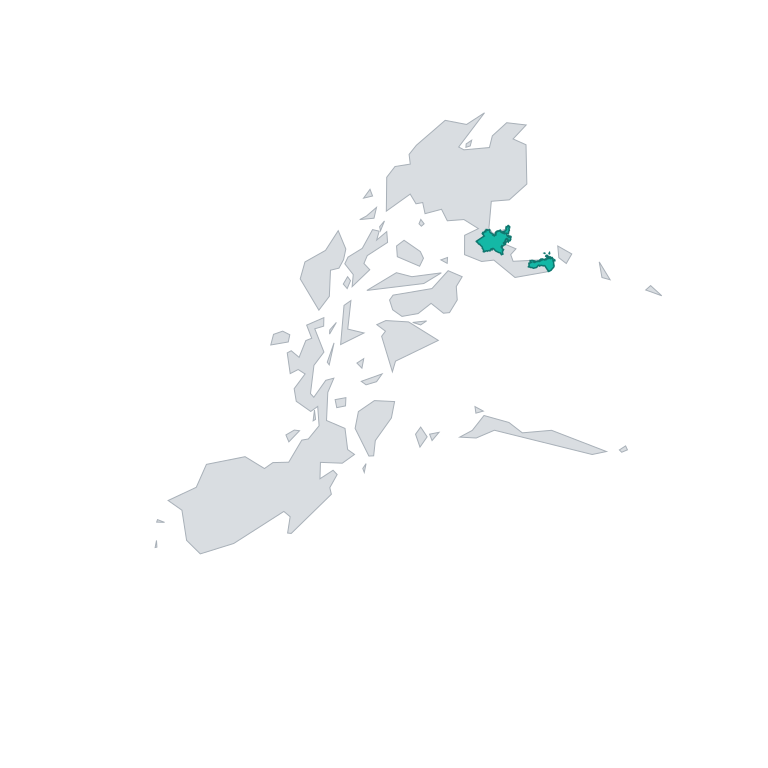 Zamboanga del Sur, Zamboanga del Sur, Philippines shown in context, rotated 237°
{"feature_id": "2640588B82692599034098", "entity_name": "Zamboanga del Sur", "entity_type": "district", "adm_level": 2, "iso_a3": "PHL", "parent_name": "Philippines", "parent_adm1": "Zamboanga del Sur", "projection": "orthographic", "projection_center": [122.897, 7.565], "detail": "fine", "context": "in_parent", "style": "filled", "palette": "teal", "viewbox_px": 768, "rotation_deg": 237, "n_neighbors": 0, "source": "geoboundaries", "source_scale": "gbopen_adm2", "svg_char_len": 9551}
<svg xmlns="http://www.w3.org/2000/svg" viewBox="0 0 768 768"><g transform="rotate(237 384 384)"><path d="M360.4,133.3L388.2,145.8L403.9,139.5L399.6,170.3L413.3,191.3L398.7,227.9L378.2,237.7L378.6,248.0L370.3,261.5L381.7,284.5L379.1,290.6L384.3,306.8L401.3,316.2L400.9,307.6L417.3,301.0L429.0,306.1L435.4,323.3L442.9,319.9L443.8,311.0L462.8,319.8L462.4,324.3L452.6,327.3L463.0,342.1L461.7,348.3L475.5,351.2L472.4,369.7L465.4,364.9L468.0,356.0L443.5,351.0L437.8,335.4L416.0,317.1L411.1,317.9L418.8,337.2L416.2,345.1L407.6,332.3L384.7,315.9L368.0,327.1L348.8,317.8L341.0,320.9L340.3,305.9L352.9,288.0L339.4,278.7L339.4,294.3L333.6,295.4L326.6,282.1L320.2,279.8L309.2,224.8L311.5,222.0L323.8,233.0L331.7,230.6L332.1,171.1L341.6,137.4L360.4,133.3ZM527.7,480.1L555.9,498.9L560.4,511.7L554.1,525.8L562.9,530.1L566.6,541.2L571.8,578.9L556.7,594.6L556.7,616.0L542.1,575.7L536.9,578.5L524.9,601.2L533.1,610.0L536.3,629.2L523.8,644.3L519.2,625.7L507.3,633.4L473.9,612.7L470.2,589.4L478.8,573.5L457.6,556.9L450.9,557.3L446.9,573.1L435.4,561.6L425.5,568.3L423.5,560.7L416.6,559.1L398.0,591.2L391.0,590.5L389.5,581.3L402.0,551.9L428.1,543.6L433.6,532.6L448.6,522.0L464.8,532.6L462.9,547.8L478.4,540.6L486.4,526.0L499.2,527.4L504.5,511.2L515.1,515.3L517.7,509.0L529.0,509.4L527.7,480.1ZM444.1,499.5L431.4,508.0L426.4,497.7L414.6,491.2L408.2,477.8L411.0,472.4L426.0,467.4L424.5,451.0L430.9,435.9L441.5,431.7L451.4,434.4L453.6,440.0L437.9,476.2L444.1,499.5ZM517.8,371.0L529.4,384.2L527.9,407.7L537.5,429.1L518.0,425.5L510.3,417.8L505.7,409.3L508.6,401.1L487.3,385.9L481.4,369.6L517.8,371.0ZM389.7,397.7L425.3,408.0L427.5,414.0L437.7,410.3L436.2,420.1L422.7,438.4L391.0,453.3L396.9,406.1L389.7,397.7ZM253.9,499.3L206.2,533.8L211.5,520.2L285.1,451.4L288.5,431.9L298.2,418.6L297.0,432.8L303.1,450.7L283.7,467.8L267.7,473.4L253.9,499.3ZM331.8,332.1L362.5,335.6L374.8,347.5L375.3,366.9L363.5,383.3L351.5,371.7L341.3,345.9L329.4,336.2L331.8,332.1ZM492.5,417.8L506.2,416.6L510.0,422.9L509.6,439.7L519.7,458.5L514.8,463.2L508.7,456.2L510.3,469.3L500.8,464.1L500.8,439.9L496.0,432.8L487.6,434.3L483.0,410.3L492.5,417.8ZM446.0,492.6L446.6,472.1L471.8,420.6L470.6,455.0L458.8,465.8L446.0,492.6ZM493.6,479.1L475.3,486.6L468.0,485.6L463.4,478.0L483.5,464.5L492.9,469.7L493.6,479.1ZM440.7,369.1L471.7,393.3L472.0,401.7L449.8,383.5L437.7,395.0L440.7,369.1ZM483.5,327.8L476.6,331.8L471.4,326.6L478.4,310.3L485.8,318.4L483.5,327.8ZM405.1,604.9L390.8,612.3L385.8,602.5L394.7,599.4L405.1,604.9ZM311.5,379.8L324.7,383.1L327.9,391.3L316.2,391.4L311.5,379.8ZM389.9,331.5L397.5,334.5L393.3,344.6L386.6,339.8L389.9,331.5ZM354.6,624.8L369.2,631.0L348.3,630.4L354.6,624.8ZM536.2,473.9L528.5,465.9L535.1,453.2L534.4,460.8L536.2,473.9ZM398.6,366.4L393.5,387.9L390.0,379.0L393.1,368.5L398.6,366.4ZM320.3,654.7L321.3,661.2L306.7,665.0L320.3,654.7ZM394.7,274.0L394.2,283.7L390.8,287.7L387.3,272.7L394.7,274.0ZM420.0,441.6L413.7,454.1L413.6,446.9L420.0,441.6ZM317.1,394.9L313.5,403.8L310.4,393.5L317.1,394.9ZM493.8,411.9L488.9,412.2L484.1,405.1L490.0,404.3L493.8,411.9ZM416.3,372.7L416.3,380.8L409.3,374.1L416.3,372.7ZM554.9,478.3L547.9,476.8L551.0,468.1L554.9,478.3ZM433.2,348.3L445.7,364.5L429.9,348.5L433.2,348.3ZM315.5,448.0L307.2,452.5L309.5,445.2L315.5,448.0ZM457.1,499.3L455.5,506.2L450.8,502.7L457.1,499.3ZM458.9,368.0L461.6,377.6L455.5,365.5L458.9,368.0ZM200.5,552.9L196.2,552.3L197.3,546.2L200.5,545.5L200.5,552.9ZM502.0,504.5L496.5,504.9L496.0,501.3L499.3,500.6L502.0,504.5ZM540.7,590.3L536.7,586.0L537.9,581.6L540.6,583.7L540.7,590.3ZM324.7,320.2L327.0,325.6L320.6,319.3L324.7,320.2ZM518.3,466.0L520.5,473.2L514.4,464.5L518.3,466.0ZM393.6,120.2L387.5,124.6L392.0,118.1L393.6,120.2ZM400.0,311.5L391.6,307.3L391.7,304.5L400.0,311.5ZM371.5,103.0L376.7,108.0L370.9,104.7L371.5,103.0Z" fill="#d9dde1" stroke="#a8b0b8" stroke-width="1"/><path d="M457.0,551.3L456.9,551.1L456.7,551.2L456.8,550.9L456.5,550.6L456.8,550.7L456.6,550.2L456.8,550.0L457.6,549.8L457.4,549.8L457.4,549.6L457.0,549.0L456.5,549.4L456.7,549.6L456.4,549.5L456.4,549.3L456.6,549.2L456.4,548.9L456.6,548.7L456.5,548.4L456.1,548.6L456.0,548.4L455.7,548.4L455.1,548.7L454.7,548.5L453.5,548.7L453.4,539.1L452.8,539.0L452.4,539.5L450.1,539.6L449.4,539.9L449.0,540.5L447.7,540.4L446.5,540.9L445.2,541.0L444.2,540.3L443.6,540.5L441.7,540.4L441.3,539.6L440.8,539.4L440.6,539.6L440.7,540.1L440.2,540.2L440.0,542.4L439.7,542.8L439.1,542.9L439.1,544.1L437.9,545.4L438.7,546.5L437.6,547.6L437.6,547.9L438.8,547.8L438.4,549.2L437.9,549.6L434.8,550.1L431.7,551.9L430.6,553.0L428.5,552.9L428.2,554.5L429.9,555.0L430.1,555.3L430.5,555.5L431.1,555.8L430.9,556.9L431.0,556.7L431.3,556.9L431.8,557.0L431.0,557.6L431.9,557.4L431.9,557.1L432.2,557.2L432.4,556.9L433.5,556.9L434.2,557.5L434.2,557.1L434.7,556.8L435.3,557.1L435.5,557.9L435.3,558.0L435.8,558.3L435.0,559.1L435.1,560.6L434.9,561.7L435.0,561.8L435.4,561.4L435.6,561.5L436.1,560.4L436.0,560.2L436.3,560.8L437.0,561.1L436.9,561.2L437.1,561.1L437.3,561.7L437.3,562.1L437.0,562.2L437.0,562.4L436.8,562.3L436.5,562.8L436.6,563.2L437.0,563.4L437.3,563.3L437.1,563.8L437.5,563.6L437.9,564.1L438.2,564.0L438.1,563.8L438.5,563.8L438.7,564.2L438.4,564.2L438.6,564.4L438.4,564.6L438.7,564.7L438.7,565.0L439.1,565.1L439.3,565.9L438.5,566.6L437.9,566.3L437.0,566.5L436.7,566.2L436.9,565.8L436.5,565.5L435.8,565.3L435.4,565.5L436.7,566.3L436.7,566.9L435.6,567.3L435.8,567.6L435.6,568.0L436.1,568.4L436.1,568.9L437.1,569.5L438.2,569.7L438.2,569.9L437.9,570.1L438.0,570.6L438.6,570.8L439.0,570.5L439.0,570.2L439.4,570.1L439.1,569.7L438.7,569.6L438.7,569.3L440.0,568.6L440.4,567.9L440.9,568.1L441.1,568.3L441.7,568.0L442.4,568.3L443.4,568.2L443.7,568.8L442.9,569.1L443.0,569.5L442.7,570.5L442.8,570.8L444.0,571.5L444.2,571.8L444.3,572.5L444.7,572.9L446.3,573.4L446.6,573.8L446.5,574.4L447.5,575.1L448.1,574.9L448.2,574.5L449.0,574.7L449.3,574.5L449.1,573.4L448.7,573.1L448.9,572.9L448.9,572.3L449.3,572.1L448.7,571.4L448.2,571.2L447.8,570.8L447.3,571.1L447.1,571.1L447.0,570.6L446.5,569.9L446.6,568.1L446.2,568.2L445.8,568.1L445.2,567.5L444.8,567.5L445.0,567.0L444.8,566.7L445.3,566.7L445.5,566.3L446.0,566.7L446.1,566.4L446.8,567.3L447.0,566.6L446.8,566.5L446.9,566.1L446.5,565.7L446.7,565.3L447.1,565.3L447.0,565.2L447.8,564.8L448.4,565.0L448.4,564.7L448.7,564.6L449.6,564.3L449.9,564.0L449.8,563.6L450.0,563.6L450.1,563.0L450.3,562.9L450.2,562.6L450.5,562.3L450.3,562.0L450.5,561.8L450.2,561.4L450.5,561.2L450.3,560.8L450.5,560.4L450.0,559.9L449.0,559.8L449.1,559.1L448.6,559.2L448.0,558.9L448.1,558.5L448.5,558.4L448.1,557.1L448.5,557.1L449.1,556.7L449.1,557.0L449.3,556.9L449.3,557.1L449.1,557.0L449.6,557.2L450.1,556.9L450.6,556.9L451.5,556.2L452.2,556.2L452.7,555.7L454.0,555.6L455.0,556.3L455.4,556.2L455.6,556.5L455.9,556.5L456.1,556.1L455.9,555.8L456.3,555.4L456.4,554.9L457.0,554.6L457.4,554.6L457.7,554.1L457.0,554.0L457.5,553.4L457.6,552.8L456.4,552.4L457.0,551.3ZM388.9,583.1L388.6,583.5L388.4,586.1L389.2,588.4L389.4,589.6L390.0,590.6L391.0,591.3L391.1,591.2L391.4,591.0L392.4,591.8L393.9,592.6L394.8,592.7L396.8,593.6L397.4,593.5L398.7,592.5L398.5,592.3L398.7,592.0L398.4,592.1L399.1,591.8L399.1,591.5L399.7,591.1L399.7,590.3L400.0,589.1L400.8,587.8L400.6,587.7L400.4,587.9L400.2,587.7L400.8,587.4L400.7,587.2L400.5,587.4L400.4,587.3L400.8,587.0L400.7,586.7L400.4,586.7L400.5,586.4L400.8,586.5L400.8,586.3L401.3,585.8L401.6,585.9L401.9,585.4L402.5,584.8L402.3,584.6L402.6,584.5L402.5,584.2L402.1,583.9L402.0,584.0L402.1,583.6L402.5,583.4L402.5,583.1L402.6,582.9L402.5,582.6L402.2,582.5L402.3,582.3L402.1,581.8L402.8,581.5L402.4,581.5L402.2,581.1L402.5,581.0L402.8,581.2L402.8,580.8L402.7,580.7L403.0,580.5L402.9,580.2L403.4,580.1L403.3,579.3L403.6,578.9L403.4,578.8L403.8,578.3L404.0,577.2L403.8,577.1L403.9,576.4L404.3,576.0L404.5,576.0L404.9,576.0L404.6,576.6L405.3,576.2L405.7,576.5L405.3,576.7L405.2,577.1L405.6,576.7L405.8,576.8L406.0,576.5L406.7,576.0L406.7,575.7L407.4,574.9L407.3,574.6L407.9,573.8L407.5,573.6L407.4,573.8L406.7,573.6L406.5,573.4L405.9,573.6L406.3,572.9L406.1,572.9L406.2,572.7L405.9,572.4L406.0,571.6L406.3,571.3L405.8,570.9L404.6,570.5L404.1,569.9L403.8,569.0L403.6,568.9L402.5,570.1L401.8,570.4L401.0,571.7L399.9,572.2L399.5,572.8L399.3,573.8L398.8,574.8L398.7,575.6L399.5,578.1L399.2,578.7L398.8,578.9L398.5,578.7L398.1,578.8L398.2,579.7L397.8,580.6L396.2,582.1L396.2,582.7L395.4,583.3L390.4,583.3L389.5,583.7L389.2,583.6L388.9,583.1ZM403.1,589.2L402.0,589.5L401.9,589.9L401.9,589.5L401.4,589.6L401.2,590.1L400.8,590.0L400.6,590.3L400.8,590.4L400.7,591.0L400.2,591.1L400.4,591.6L400.0,592.1L400.2,592.4L400.6,591.7L401.1,591.7L401.1,591.4L401.5,591.4L402.0,591.0L401.9,590.7L402.8,591.1L403.1,590.9L403.6,590.1L403.1,589.2ZM403.4,593.4L403.1,593.5L403.1,593.9L404.0,594.3L403.8,593.7L403.4,593.4ZM394.7,594.2L394.4,594.4L394.8,594.8L395.3,594.6L394.7,594.2ZM398.7,593.5L398.4,593.8L398.0,593.6L397.8,593.9L398.5,593.9L398.7,593.5ZM449.5,564.9L449.4,565.2L449.7,565.4L449.8,565.2L449.5,564.9ZM403.2,582.5L403.0,582.4L402.9,582.7L403.2,582.8L403.2,582.5ZM406.4,589.7L406.0,589.9L406.0,590.1L406.3,590.1L406.4,589.7ZM404.9,576.9L404.6,576.8L404.6,577.1L404.9,576.9ZM435.9,562.3L435.7,562.4L435.8,562.6L435.9,562.3ZM403.1,584.0L402.9,584.0L403.0,584.2L403.1,584.0ZM440.3,568.7L440.1,568.7L440.4,568.9L440.3,568.7ZM394.4,593.8L393.9,593.8L394.0,593.8L394.4,593.8ZM402.4,585.1L402.3,585.3L402.4,585.1ZM402.9,583.3L402.7,583.4L402.7,583.5L402.9,583.3ZM399.7,592.6L399.5,592.4L399.5,592.5L399.7,592.6ZM398.8,592.7L398.7,592.5L398.6,592.8L398.8,592.7ZM398.9,593.3L399.0,593.4L399.0,593.7L398.9,593.3Z" fill="#14b8a6" stroke="#0f766e" stroke-width="1.5"/></g></svg>